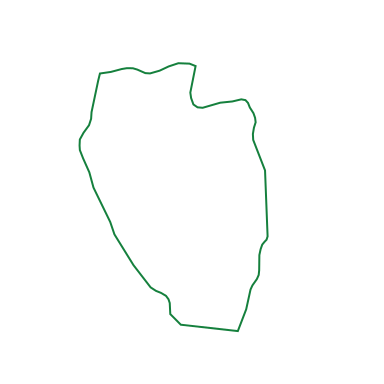 SVG path tracing the border of Tafilah, rotated 66°
{"feature_id": "JOR-852", "entity_name": "Tafilah", "entity_type": "Province", "adm_level": 1, "iso_a3": "JOR", "parent_name": "Jordan", "parent_adm1": "", "projection": "albers", "projection_center": [35.57, 30.801], "detail": "fine", "context": "isolated", "style": "outline", "palette": "green", "viewbox_px": 384, "rotation_deg": 66, "n_neighbors": 0, "source": "natural_earth", "source_scale": "10m", "svg_char_len": 960}
<svg xmlns="http://www.w3.org/2000/svg" viewBox="0 0 384 384"><g transform="rotate(66 192 192)"><path d="M46.3,227.9L49.3,217.3L51.1,206.1L52.4,201.1L54.9,195.7L57.9,192.2L64.4,186.3L66.6,182.1L68.0,172.2L67.8,162.2L68.8,152.1L73.7,142.1L78.4,137.5L81.4,139.6L100.5,153.1L105.8,154.6L112.6,155.1L116.9,152.5L119.4,148.0L121.9,129.9L125.7,118.3L127.4,109.3L129.8,105.8L133.4,104.6L138.3,104.8L145.0,103.8L149.9,104.2L154.2,105.5L158.5,109.3L163.8,112.8L169.3,114.9L202.0,116.5L263.3,141.0L265.9,143.3L267.0,146.0L268.6,149.2L272.2,152.6L277.0,156.1L290.9,162.5L294.9,164.8L297.9,168.1L301.9,174.8L304.9,178.2L321.2,190.2L337.7,206.7L308.7,256.2L294.7,261.5L284.4,257.5L280.4,257.1L276.3,258.0L271.5,261.4L267.7,265.1L262.3,268.6L235.1,275.2L199.2,280.1L186.1,278.9L147.9,280.2L132.3,277.8L116.9,277.8L108.1,277.4L103.8,275.8L98.4,273.1L93.7,266.9L89.1,258.9L84.1,254.4L78.2,251.3L52.1,232.4L46.3,227.9Z" fill="none" stroke="#15803d" stroke-width="2"/></g></svg>